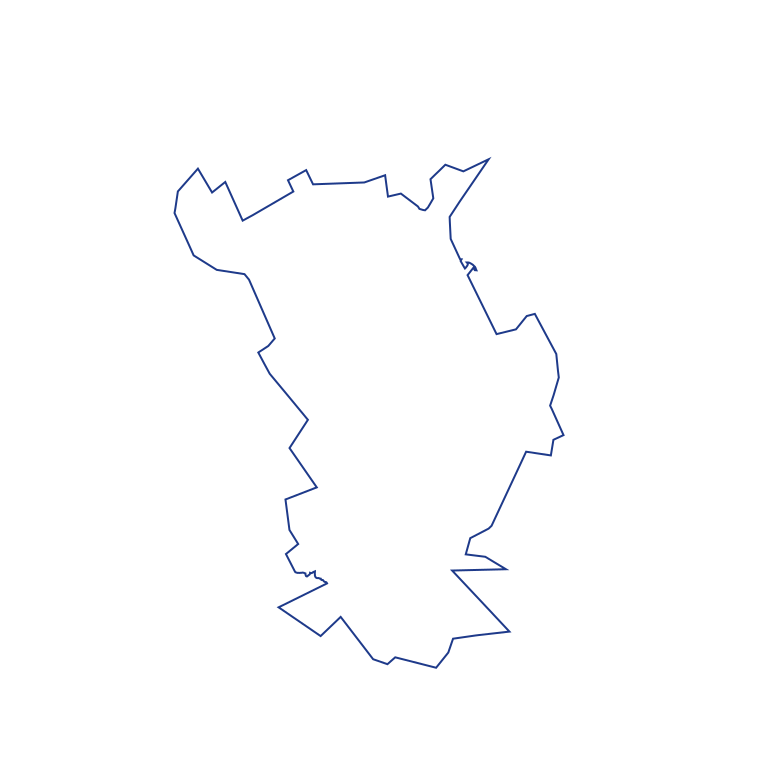 Huásabas, Sonora, Mexico, rotated 242°
{"feature_id": "50627088B89429214037854", "entity_name": "Huásabas", "entity_type": "district", "adm_level": 2, "iso_a3": "MEX", "parent_name": "Mexico", "parent_adm1": "Sonora", "projection": "mercator", "projection_center": [-109.391, 29.971], "detail": "fine", "context": "isolated", "style": "outline", "palette": "blue", "viewbox_px": 768, "rotation_deg": 242, "n_neighbors": 0, "source": "geoboundaries", "source_scale": "gbopen_adm2", "svg_char_len": 2746}
<svg xmlns="http://www.w3.org/2000/svg" viewBox="0 0 768 768"><g transform="rotate(242 384 384)"><path d="M375.1,550.1L377.0,541.9L370.3,526.2L375.2,506.8L440.9,508.9L444.7,517.6L441.9,517.6L441.0,519.0L442.1,519.1L442.4,519.1L442.9,519.2L443.3,519.3L443.6,519.3L443.8,519.3L444.1,519.3L444.3,519.3L444.5,519.3L444.5,519.1L446.0,518.9L446.9,518.6L447.3,518.5L447.8,518.3L448.1,518.1L448.5,517.9L448.9,517.7L449.1,517.6L449.5,517.3L450.3,516.8L451.0,516.3L451.6,515.6L451.9,515.2L452.4,514.2L451.6,514.4L451.2,514.4L450.9,514.4L450.7,514.4L450.4,514.2L450.1,514.0L449.9,513.7L449.7,513.5L449.5,513.2L449.3,512.9L448.9,512.0L448.4,511.0L448.0,509.7L449.6,509.6L456.7,509.4L457.7,511.0L458.5,509.8L461.0,509.9L480.8,511.0L496.8,518.5L500.7,520.4L509.6,536.6L533.3,581.9L534.5,553.9L540.2,548.8L548.8,541.1L546.2,532.3L545.0,528.0L543.0,521.2L530.4,516.7L524.8,514.7L522.3,510.7L519.2,505.6L518.1,501.8L519.3,500.2L522.0,497.5L524.8,497.3L544.2,488.3L547.6,475.5L559.5,479.9L567.8,483.0L571.2,461.2L593.6,415.1L609.4,415.7L609.0,394.9L596.5,394.3L596.2,386.5L594.7,347.4L594.6,335.9L636.9,338.7L633.8,322.1L661.5,320.8L650.8,292.4L637.1,282.3L633.3,279.3L595.7,276.9L586.9,276.3L563.3,289.9L546.5,312.4L539.5,313.8L475.5,308.9L471.9,299.7L470.9,288.6L470.8,287.8L458.1,287.8L446.7,287.9L422.7,292.9L388.1,300.0L371.8,270.5L324.3,276.1L328.3,242.8L299.5,232.0L283.0,233.1L279.9,217.6L260.6,217.3L259.4,217.4L259.0,217.8L258.4,218.4L258.0,218.7L257.7,219.3L257.5,219.7L257.0,220.5L256.7,221.0L256.5,221.7L256.1,222.4L255.9,223.0L255.7,223.6L255.0,224.5L254.5,224.9L254.2,225.2L253.6,225.7L252.9,225.3L252.3,225.2L251.9,225.1L251.0,225.0L250.4,225.4L250.2,225.8L250.3,226.4L250.5,227.0L250.6,227.8L250.8,229.0L251.2,229.5L251.5,229.8L252.0,230.1L251.9,230.2L251.6,230.3L251.5,230.5L251.4,230.7L251.2,230.9L251.2,231.1L251.1,231.3L251.0,231.5L251.0,231.8L251.0,232.0L251.0,232.4L251.2,233.3L251.1,233.9L251.0,235.1L250.8,235.0L250.6,234.8L250.2,234.6L249.7,234.2L249.4,234.0L249.1,233.9L248.5,233.7L247.6,233.2L246.5,232.9L245.6,232.9L244.7,233.2L244.1,233.7L243.7,234.4L243.3,235.3L242.8,235.6L242.4,235.8L242.1,236.4L241.8,236.8L241.2,236.7L240.6,236.7L240.1,237.1L239.9,237.7L239.6,238.0L239.1,238.1L238.0,238.3L237.3,238.6L236.7,239.2L236.4,239.7L236.1,239.9L235.6,240.1L234.7,240.1L236.3,186.1L191.2,209.7L198.7,236.4L146.1,245.2L135.0,255.5L137.4,265.6L109.0,296.8L116.7,314.7L126.7,325.4L118.9,347.0L117.9,349.6L106.5,378.5L139.8,369.5L187.3,356.6L163.2,404.7L183.9,392.3L195.2,376.2L207.4,387.8L207.2,408.5L208.3,412.4L212.9,418.5L249.1,466.6L257.5,477.7L242.6,497.8L255.2,507.4L254.6,518.5L283.1,520.4L286.9,520.5L294.4,528.4L307.7,541.4L314.2,543.9L329.6,550.2L368.1,550.1L375.1,550.1Z" fill="none" stroke="#1e3a8a" stroke-width="2"/></g></svg>